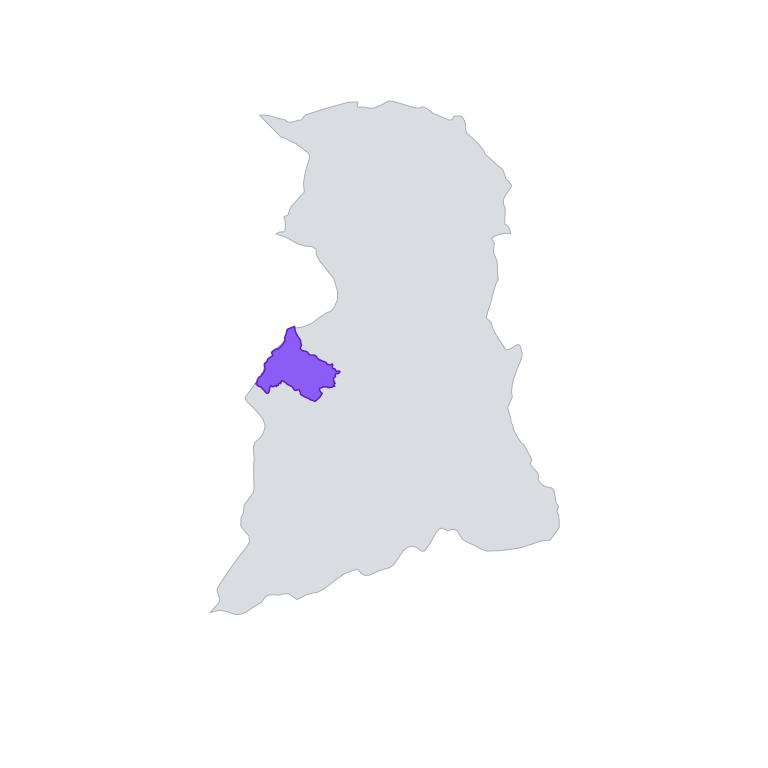 Basse-Kotto highlighted on a map of Central African Republic, rotated 112°
{"feature_id": "CAF-794", "entity_name": "Basse-Kotto", "entity_type": "Prefecture", "adm_level": 1, "iso_a3": "CAF", "parent_name": "Central African Republic", "parent_adm1": "", "projection": "natural_earth1", "projection_center": [21.411, 4.979], "detail": "fine", "context": "in_parent", "style": "filled", "palette": "violet", "viewbox_px": 768, "rotation_deg": 112, "n_neighbors": 0, "source": "natural_earth", "source_scale": "10m", "svg_char_len": 7493}
<svg xmlns="http://www.w3.org/2000/svg" viewBox="0 0 768 768"><g transform="rotate(112 384 384)"><path d="M517.5,282.1L523.7,284.0L524.9,286.2L523.1,293.5L524.3,298.1L527.9,301.9L531.5,303.6L534.9,304.5L546.9,306.9L551.9,309.6L558.5,318.1L566.7,325.9L568.7,330.0L568.4,333.8L565.9,338.3L566.3,340.2L570.1,344.7L574.5,349.4L582.4,354.6L596.2,362.7L602.5,368.1L604.7,372.2L608.2,376.7L613.1,380.8L616.5,384.0L614.2,392.9L614.9,395.8L616.1,398.4L619.0,401.9L620.2,406.4L623.0,412.0L626.4,414.6L632.1,415.5L635.1,418.1L641.3,422.6L647.4,426.5L650.0,429.2L651.6,431.5L653.0,434.3L653.6,437.1L653.8,443.1L654.9,450.6L658.1,455.7L661.1,459.6L648.8,455.2L647.0,455.1L644.8,455.8L638.4,461.2L636.3,461.9L628.2,460.7L608.6,456.5L593.5,452.4L588.9,450.9L580.8,449.5L575.5,452.3L570.5,461.9L569.1,463.7L561.2,466.6L557.5,465.8L548.4,468.4L534.4,464.5L529.4,465.3L525.4,467.2L515.3,471.6L509.2,474.1L502.1,476.3L495.3,479.8L490.8,481.6L486.3,481.6L482.3,479.7L477.9,478.0L472.7,477.6L467.2,478.6L462.5,482.5L460.6,485.2L456.6,492.4L451.8,504.2L450.0,506.6L448.3,507.8L426.3,501.9L416.8,500.5L410.4,502.4L402.4,499.1L398.9,498.5L397.3,499.5L392.8,498.0L385.6,494.0L378.6,492.3L372.4,492.9L368.6,491.6L365.5,487.7L361.5,480.5L354.4,473.4L344.8,467.7L338.8,463.4L336.5,460.5L331.3,459.0L323.4,458.7L315.8,461.5L304.9,470.3L294.8,488.6L289.1,495.5L284.6,497.3L283.5,501.7L285.7,508.7L286.3,516.7L284.7,530.4L285.3,540.3L282.8,538.7L280.5,534.1L279.4,533.1L272.8,535.2L269.3,537.1L267.4,539.0L266.0,539.2L263.9,536.7L262.2,536.2L259.6,536.7L256.9,536.7L255.2,536.3L254.0,536.6L250.9,535.1L239.4,531.2L237.4,530.0L235.1,530.1L229.2,533.4L226.0,534.4L216.5,536.4L206.3,537.4L202.4,537.5L199.7,539.0L198.0,541.1L194.8,553.6L194.0,555.8L194.1,559.0L193.2,569.1L193.6,572.3L181.4,600.1L179.4,595.5L178.1,590.1L177.6,583.8L177.9,582.2L177.1,580.3L176.1,575.2L177.1,572.0L176.3,568.5L173.9,565.1L171.8,562.6L170.5,560.2L169.5,559.2L167.1,558.9L164.0,557.7L150.5,541.4L136.4,523.0L133.6,517.1L132.4,513.7L135.8,513.3L136.7,512.7L136.8,511.1L134.7,506.4L133.6,500.4L131.9,496.7L126.4,491.1L121.1,486.8L119.5,484.7L118.5,481.5L116.6,461.7L115.7,456.1L114.0,453.6L112.8,452.5L112.4,451.1L112.6,447.6L113.3,444.4L113.3,443.2L114.7,440.4L114.8,422.1L113.1,419.6L109.9,419.6L108.2,416.9L106.9,413.5L107.3,411.1L110.3,407.4L112.4,406.0L118.4,403.0L120.1,401.6L121.1,399.8L121.8,397.3L125.3,387.9L130.5,378.5L132.8,376.6L138.0,362.8L139.3,359.2L140.2,355.7L141.9,352.9L147.6,348.2L151.9,340.0L156.6,340.4L161.3,341.7L167.5,342.4L172.3,340.8L175.4,337.6L190.3,332.1L191.4,327.7L193.7,325.3L196.5,323.3L197.4,323.0L197.6,324.5L199.3,329.1L202.6,333.6L207.6,338.6L209.0,338.3L212.1,334.5L219.9,332.2L221.8,331.1L227.4,325.6L234.0,322.1L237.8,320.8L244.5,317.2L249.3,317.7L256.9,317.1L269.7,315.4L278.9,314.8L283.6,314.1L284.7,313.4L286.6,308.1L287.9,306.6L291.4,304.3L298.2,296.3L302.7,289.6L304.0,287.1L304.9,286.7L306.9,283.9L305.0,280.9L297.4,275.0L297.5,274.1L297.1,273.1L297.5,272.3L300.4,269.9L304.3,267.1L308.5,266.0L319.3,266.3L328.6,265.7L330.7,265.8L338.0,264.4L342.9,263.1L348.0,260.2L359.5,260.5L369.1,253.2L371.8,251.9L373.0,250.7L373.4,249.6L377.9,246.7L382.9,240.7L386.8,235.3L387.9,231.5L398.8,218.5L402.5,218.8L404.4,217.2L408.7,208.6L410.0,207.0L414.5,205.5L416.6,202.9L418.4,199.1L418.4,194.4L417.6,190.6L417.6,188.8L418.6,187.1L420.4,185.4L428.6,180.7L430.7,178.5L431.9,176.5L434.2,176.1L436.7,176.3L438.3,175.1L440.1,172.9L445.8,170.1L451.1,167.9L456.6,168.8L466.7,171.7L469.7,177.8L471.1,180.0L483.6,194.6L486.0,198.0L492.1,208.6L495.9,215.8L500.3,226.0L500.7,231.6L500.1,236.4L499.3,249.9L498.2,253.8L492.7,261.1L492.5,264.4L493.6,267.2L495.3,268.3L496.3,269.6L495.7,276.0L497.7,278.4L501.8,280.1L512.1,281.2L517.5,282.1Z" fill="#d9dde1" stroke="#a8b0b8" stroke-width="1"/><path d="M370.5,494.2L369.5,493.9L368.6,493.3L364.2,488.5L368.2,486.1L369.1,485.3L371.5,482.5L374.6,478.0L375.2,477.5L377.0,476.5L378.6,475.3L379.3,475.0L379.8,474.9L380.7,475.2L381.2,475.2L381.8,475.2L382.4,474.8L383.0,474.2L383.3,473.3L383.5,472.4L383.5,471.6L383.1,468.8L383.0,468.0L383.1,467.3L383.4,466.5L384.4,464.9L384.7,464.2L384.8,463.8L384.8,463.3L384.6,462.7L383.6,460.2L383.4,459.5L383.3,458.9L383.4,458.2L383.6,457.6L384.0,456.9L385.0,455.3L385.4,454.4L385.6,453.5L385.8,449.4L385.6,446.3L385.8,445.6L386.1,445.1L386.8,444.4L387.0,444.2L387.0,443.9L386.7,442.8L386.7,442.4L386.7,441.4L386.7,441.2L386.5,440.9L386.3,440.7L386.1,440.5L385.4,440.2L385.1,440.0L385.0,439.8L384.9,439.6L384.9,439.3L384.9,439.1L385.2,438.9L385.6,438.7L387.8,438.2L388.1,438.0L388.4,437.8L388.6,437.6L388.6,437.2L388.6,436.9L388.4,435.6L388.4,435.3L388.5,435.1L388.6,434.8L389.5,433.8L389.7,433.5L389.9,433.2L389.9,432.8L389.9,432.5L389.8,432.2L389.6,431.9L389.2,431.3L388.9,430.9L388.8,430.5L388.8,430.1L388.9,429.8L389.1,429.5L389.4,429.4L389.6,429.4L390.0,429.5L390.4,429.7L391.0,430.1L391.5,430.4L391.8,430.9L392.4,432.2L392.7,432.5L393.0,432.6L393.7,432.6L394.1,432.5L394.4,432.4L394.6,432.3L394.8,432.0L395.0,431.9L395.6,431.9L396.9,432.7L397.4,432.8L398.1,432.7L398.5,432.5L400.0,431.6L400.4,431.3L401.2,430.1L401.5,429.8L401.7,429.6L401.9,429.6L402.2,429.8L402.7,430.4L403.0,430.6L403.3,430.4L403.6,430.2L403.8,429.8L404.1,429.2L404.4,428.9L404.6,429.1L405.1,430.0L405.5,430.4L406.1,430.7L406.5,431.0L406.9,431.7L407.4,432.8L408.1,433.7L408.2,434.2L408.3,434.6L408.3,435.2L408.2,435.5L408.2,435.8L408.1,436.1L408.2,436.5L409.1,438.2L409.2,438.7L409.6,439.7L410.7,440.2L410.8,440.3L411.5,441.6L411.8,441.9L412.2,442.0L412.6,441.9L413.2,441.7L414.6,440.7L415.8,437.8L419.4,438.3L422.2,439.4L426.0,441.5L425.9,443.9L426.0,445.2L426.0,445.7L426.1,445.9L426.2,446.0L426.3,446.1L426.3,446.4L426.2,447.0L425.8,447.7L425.7,448.2L425.6,453.6L425.1,456.4L424.9,457.2L424.3,457.8L423.1,458.6L421.6,460.1L421.3,460.6L421.4,461.4L422.6,462.8L423.1,463.7L423.1,464.7L422.7,465.6L421.1,467.8L420.9,468.5L420.5,473.7L420.3,474.5L419.7,475.3L419.5,476.5L419.3,476.9L419.2,477.3L419.5,478.1L419.4,478.4L419.1,478.7L418.9,479.1L419.2,479.9L419.8,480.4L420.5,480.4L421.0,480.0L421.3,480.0L421.6,480.5L421.8,480.6L422.4,480.2L422.6,480.5L422.8,481.3L423.7,481.9L424.2,482.0L424.8,481.6L425.0,482.2L425.2,482.5L425.7,483.0L425.8,482.9L426.1,482.7L426.4,482.6L426.6,482.7L426.7,483.0L426.4,483.4L426.3,483.5L426.6,484.6L427.2,485.1L427.9,485.6L428.3,486.4L428.3,486.9L427.7,487.7L427.8,488.1L428.1,488.3L429.3,488.4L429.7,488.6L430.3,488.8L432.7,487.8L434.4,487.7L435.8,488.0L436.5,489.1L435.9,491.1L434.8,492.9L434.4,493.7L434.2,494.7L434.1,495.0L433.2,496.1L433.0,496.5L432.9,497.1L433.1,499.6L433.0,500.0L432.7,500.7L432.4,501.3L432.0,501.6L431.8,502.1L431.8,503.0L430.6,502.5L430.3,502.4L429.8,502.4L429.6,502.5L429.4,502.6L429.0,502.7L428.1,502.9L425.6,502.7L424.6,502.5L423.9,502.0L423.3,501.4L422.5,501.0L422.1,501.0L420.9,501.0L420.4,500.9L420.2,500.8L420.1,500.5L419.9,500.3L419.0,500.0L418.4,499.9L416.9,500.0L415.3,499.8L414.6,499.9L410.5,502.4L410.0,502.1L409.2,502.1L408.7,502.0L408.4,501.8L408.1,501.5L407.7,501.1L407.1,501.0L405.3,501.1L404.5,501.0L403.5,500.7L402.8,500.3L400.7,498.8L400.5,498.5L400.2,498.1L399.8,498.0L399.2,498.0L398.8,498.1L398.5,498.3L398.2,498.6L397.9,498.9L397.7,499.3L397.4,499.7L397.0,500.0L396.5,500.0L396.1,499.8L395.8,499.5L395.4,499.3L394.5,499.3L394.2,499.1L393.9,498.3L393.4,498.0L392.3,497.6L391.9,497.0L391.1,495.3L390.7,494.9L390.0,494.7L385.9,493.0L382.0,492.0L380.3,492.2L379.7,492.5L379.2,493.0L378.6,493.4L377.5,493.5L374.1,493.5L370.5,494.2Z" fill="#8b5cf6" stroke="#5b21b6" stroke-width="1.5"/></g></svg>